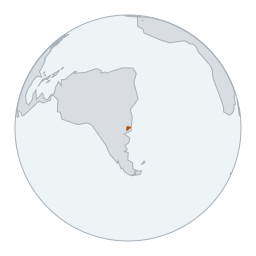 Cerro Largo highlighted on a globe, orthographic projection, rotated 327°
{"feature_id": "URY-12", "entity_name": "Cerro Largo", "entity_type": "Department", "adm_level": 1, "iso_a3": "URY", "parent_name": "Uruguay", "parent_adm1": "", "projection": "orthographic", "projection_center": [-54.394, -32.345], "detail": "fine", "context": "on_globe", "style": "filled", "palette": "amber", "viewbox_px": 256, "rotation_deg": 327, "n_neighbors": 0, "source": "natural_earth", "source_scale": "10m", "svg_char_len": 3798}
<svg xmlns="http://www.w3.org/2000/svg" viewBox="0 0 256 256"><g transform="rotate(327 128 128)"><circle cx="128" cy="128" r="113" fill="#eef3f6" stroke="#a8b0b8"/><path d="M97.4,19.6L96.7,19.8L97.6,19.8L99.9,19.0L100.0,18.9L101.1,18.6L110.2,16.8L119.5,15.7L120.0,15.7L126.4,15.7L126.4,15.9L120.9,16.5L113.0,17.1L105.8,19.1L114.4,17.3L114.4,18.2L116.0,18.3L118.3,18.1L119.8,17.5L120.6,17.9L112.5,19.6L111.6,19.2L114.2,18.6L110.5,19.1L105.0,20.7L105.4,21.4L96.7,24.1L96.9,24.7L95.1,25.8L95.3,24.6L94.7,27.0L84.5,32.5L83.3,38.5L80.2,35.0L76.5,35.8L71.9,37.6L71.6,38.5L65.8,40.4L59.8,45.1L56.4,51.3L57.3,54.6L63.8,51.7L66.4,48.3L71.5,45.9L66.6,54.2L75.3,52.1L73.7,58.2L76.1,60.5L80.8,58.3L85.5,58.6L89.3,54.3L95.2,51.3L94.9,56.2L98.5,51.2L101.6,53.0L113.6,51.6L112.6,52.8L122.6,58.2L134.0,61.0L136.7,65.1L135.3,67.5L139.3,68.4L139.4,70.1L156.0,74.5L164.8,80.4L164.7,86.7L157.7,93.0L152.3,109.2L140.0,113.8L137.5,121.0L129.0,132.0L121.4,131.2L124.2,137.0L120.6,140.7L115.9,141.2L115.7,145.5L112.2,145.9L114.9,148.5L110.4,154.8L112.9,159.5L109.9,164.8L111.6,167.6L110.1,167.7L108.8,169.0L109.0,170.7L103.8,168.7L101.1,162.4L102.0,158.8L100.0,158.6L101.8,149.9L100.0,151.9L98.5,140.1L100.1,130.4L99.2,105.6L96.4,101.4L87.9,97.9L77.4,84.7L79.8,78.0L77.7,75.9L84.6,66.2L83.0,59.7L80.7,59.3L78.2,62.5L70.4,60.8L68.1,57.0L47.2,60.7L45.6,60.0L46.6,56.7L44.8,52.5L43.1,58.8L41.4,59.0L41.1,57.6L42.5,55.8L43.9,53.1L43.5,53.6L49.0,47.7L55.0,42.2L61.3,37.2L68.0,32.7L75.0,28.6L82.2,25.1L89.7,22.1L97.4,19.6ZM82.2,40.9L92.2,41.8L86.0,43.6L87.3,42.7L84.9,41.9L80.2,42.0L74.8,44.4L82.2,40.9ZM88.0,36.0L86.2,36.2L88.0,35.7L88.0,36.0ZM112.9,173.5L104.4,169.7L109.0,171.2L111.2,168.2L116.0,171.4L112.9,173.5ZM119.8,165.9L122.9,164.3L123.9,165.1L122.0,166.4L119.8,165.9ZM212.5,53.6L213.0,54.1L218.0,60.2L222.5,66.7L226.6,73.5L230.1,80.5L233.2,87.8L235.8,95.3L237.8,102.9L239.3,110.7L240.2,118.5L240.6,126.4L240.5,134.4L239.7,142.2L238.3,150.8L235.9,158.9L234.0,159.4L230.8,166.8L229.3,166.4L227.0,170.2L224.0,172.2L220.1,172.6L217.0,166.6L219.5,162.6L222.0,152.6L226.6,131.9L230.2,125.8L231.0,119.5L228.5,102.7L229.3,96.7L227.9,92.7L225.6,91.1L223.7,86.5L222.0,85.1L209.4,79.3L203.8,72.7L193.2,57.1L194.3,53.4L191.5,48.1L196.4,40.0L200.8,43.0L207.1,47.8L212.5,53.6ZM198.0,39.8L199.4,41.6L196.8,40.1L192.3,37.1L186.2,31.9L192.2,35.4L198.0,39.8ZM198.6,45.2L199.4,46.6L198.6,45.2ZM114.0,51.5L115.4,52.4L113.4,52.5L114.0,51.5ZM84.8,45.6L87.1,45.1L88.2,45.5L86.4,46.1L84.8,45.6ZM104.5,42.0L107.2,42.1L104.3,42.8L104.5,42.0ZM93.9,41.9L102.3,42.2L96.6,44.3L91.3,44.3L95.1,43.2L93.9,41.9ZM86.3,38.4L87.7,38.3L87.1,39.1L86.3,38.4ZM89.3,35.7L88.7,35.8L88.2,35.5L89.3,35.7ZM114.8,18.1L115.5,18.0L117.7,17.9L116.5,18.2L114.8,18.1ZM128.8,16.8L129.8,17.4L128.2,17.0L126.6,17.4L121.4,17.1L126.2,16.0L125.0,16.4L128.8,16.8ZM115.7,16.9L118.5,16.9L115.2,17.0L115.7,16.9ZM190.2,221.3L187.9,222.8L188.9,221.9L190.2,221.3ZM231.1,173.5L228.1,179.0L229.0,176.2L231.5,171.2L234.9,163.5L234.8,163.8L231.1,173.5Z" fill="#d9dde1" stroke="#a8b0b8" stroke-width="1"/><path d="M127.9,126.7L128.0,126.8L128.2,127.0L128.3,127.0L128.5,127.1L128.8,127.2L128.8,127.3L129.0,127.4L129.1,127.5L129.2,127.8L129.2,128.0L129.3,128.1L129.4,128.3L129.5,128.3L129.7,128.5L129.8,128.5L130.0,128.6L130.1,128.8L129.8,128.9L129.7,128.9L129.3,128.8L129.2,128.8L128.9,128.8L128.8,128.7L128.7,128.7L128.6,128.8L128.4,128.8L128.2,128.8L128.2,128.7L128.0,128.8L127.9,128.8L127.7,128.9L127.4,129.0L127.2,129.0L127.0,129.3L126.9,129.3L126.7,129.3L126.6,129.2L126.5,128.9L126.4,128.9L126.5,128.8L126.4,128.7L126.5,128.6L126.5,128.4L126.6,128.2L126.8,128.3L126.9,128.2L127.0,128.2L127.3,127.9L127.3,127.7L127.5,127.6L127.7,127.4L127.8,127.4L127.7,127.3L127.7,127.2L127.8,127.2L127.8,126.9L127.8,126.7L127.9,126.7Z" fill="#f59e0b" stroke="#b45309" stroke-width="1.5"/></g></svg>